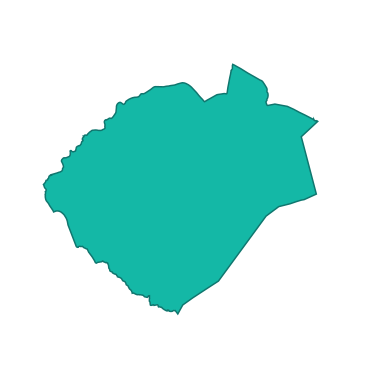 outline of Soum, Soum, Burkina Faso, rotated 162°
{"feature_id": "67063806B70466570504467", "entity_name": "Soum", "entity_type": "district", "adm_level": 2, "iso_a3": "BFA", "parent_name": "Burkina Faso", "parent_adm1": "Soum", "projection": "robinson", "projection_center": [-1.051, 14.286], "detail": "fine", "context": "isolated", "style": "filled", "palette": "teal", "viewbox_px": 384, "rotation_deg": 162, "n_neighbors": 0, "source": "geoboundaries", "source_scale": "gbopen_adm2", "svg_char_len": 5974}
<svg xmlns="http://www.w3.org/2000/svg" viewBox="0 0 384 384"><g transform="rotate(162 192 192)"><path d="M113.8,300.8L114.2,300.2L114.5,299.8L114.7,299.2L115.0,298.2L115.6,296.5L116.2,296.2L116.8,295.8L117.2,295.6L117.1,295.2L117.6,294.7L119.2,291.7L120.8,289.0L123.3,284.4L125.4,280.6L126.8,277.8L127.7,275.9L128.4,274.9L128.7,274.7L129.4,274.9L130.1,275.3L131.0,275.7L133.1,276.0L137.2,276.7L138.4,276.8L146.4,275.2L149.1,274.7L152.0,274.0L152.3,274.1L152.5,274.5L153.5,277.0L154.4,278.8L155.7,281.7L157.0,285.2L160.2,292.0L161.2,293.6L162.4,295.2L164.3,297.1L165.5,298.0L167.2,298.8L168.5,299.0L172.2,299.2L175.5,299.1L179.4,299.8L181.5,300.0L183.7,300.5L186.5,300.8L193.9,303.4L194.8,303.6L195.6,303.6L196.6,303.4L199.8,302.2L206.1,300.5L207.3,300.4L208.0,300.4L208.8,300.8L209.7,301.0L210.3,301.0L211.5,300.2L212.3,299.6L213.1,299.2L213.9,299.1L215.1,299.2L217.4,299.8L219.4,300.0L221.5,299.9L223.6,299.6L226.0,298.9L226.6,298.7L227.3,298.1L228.0,297.2L229.1,296.6L229.5,296.4L230.0,296.5L230.7,297.2L231.4,298.2L232.3,299.3L233.3,299.6L234.5,299.4L235.7,298.8L236.7,297.9L237.3,297.0L237.9,295.4L239.6,291.5L240.2,290.7L243.5,288.1L244.7,287.4L245.5,287.0L245.8,286.9L246.1,287.0L247.3,287.6L247.9,287.7L250.2,287.1L251.1,287.0L251.7,287.1L251.7,287.3L251.9,287.3L252.8,287.0L253.2,286.6L253.7,285.9L253.9,284.8L253.9,283.7L254.0,282.5L254.5,281.7L254.8,280.6L254.8,280.1L255.0,279.8L255.1,279.5L256.0,279.1L256.6,279.0L257.3,279.0L258.6,278.7L259.6,278.7L262.0,279.5L263.2,280.2L264.6,280.8L266.4,281.2L267.8,281.5L268.4,281.4L269.5,281.0L270.5,280.7L271.1,280.5L271.7,280.2L272.2,279.8L272.4,279.8L272.9,279.6L273.5,279.1L273.8,279.0L274.0,278.7L274.3,278.6L274.7,278.5L274.9,278.6L275.5,279.0L276.4,279.2L276.7,279.1L277.0,278.8L277.3,278.7L278.1,278.8L277.9,277.9L278.3,277.6L279.2,277.2L279.6,276.9L280.0,275.9L280.0,275.5L279.7,275.3L279.6,275.1L279.7,274.8L279.9,274.6L280.4,274.1L281.0,274.0L281.5,273.7L281.8,273.2L282.4,272.2L282.8,271.7L283.3,271.6L283.8,271.1L284.0,270.9L284.4,270.8L284.6,270.8L285.3,271.0L286.0,270.9L287.0,270.8L288.1,270.3L288.8,269.1L288.9,268.8L290.2,267.0L292.4,266.9L292.9,267.1L293.3,267.3L293.8,267.9L294.0,268.5L294.3,268.8L294.8,268.9L295.1,268.8L295.3,268.6L295.4,267.6L295.9,266.1L296.4,264.9L297.1,264.1L297.8,263.7L299.3,263.6L300.1,263.5L301.3,263.5L302.2,263.7L303.2,264.1L304.2,263.9L305.8,263.0L306.5,262.1L306.6,261.8L306.6,261.1L306.3,259.3L306.2,257.1L306.4,256.3L306.4,255.6L306.5,255.3L306.8,255.1L307.7,254.5L307.9,254.2L308.4,253.0L309.0,252.4L309.4,252.2L310.1,252.0L311.3,251.8L312.6,251.9L314.4,251.8L321.2,252.0L321.6,251.8L321.9,251.6L321.6,251.4L322.5,251.4L323.0,251.2L323.8,250.1L324.2,249.4L325.1,249.0L325.6,248.2L326.2,248.1L326.7,248.2L327.1,248.2L327.4,247.9L328.3,246.7L329.1,246.1L331.0,245.0L330.8,244.2L330.9,242.5L330.8,241.8L330.7,241.3L330.3,240.5L330.0,239.7L330.0,239.1L330.5,238.1L331.4,237.7L331.4,237.1L331.5,236.6L331.8,235.8L332.4,235.1L332.4,234.3L332.7,233.9L332.9,233.0L333.1,232.6L333.2,231.7L333.4,230.5L333.3,228.8L332.0,225.3L331.6,223.0L329.9,217.2L329.8,215.8L327.1,215.9L325.6,215.5L324.3,214.8L322.9,213.6L321.7,211.8L320.7,209.9L319.8,206.3L319.6,204.6L319.6,202.8L320.1,198.9L319.0,178.1L318.9,176.0L318.8,175.7L318.4,175.1L317.8,174.7L317.3,174.6L316.9,175.1L316.3,175.1L315.5,175.1L315.0,174.8L314.7,174.5L314.0,174.3L313.1,174.2L311.9,172.3L310.9,171.5L310.2,170.7L309.9,170.5L309.4,170.3L309.1,169.0L308.9,166.8L307.0,161.2L306.0,157.0L305.8,155.4L305.7,154.7L305.4,154.3L304.9,153.9L304.4,154.0L303.4,154.2L299.5,153.6L299.1,153.8L298.5,153.7L298.2,153.9L297.9,153.6L297.6,152.9L297.1,152.6L296.0,151.5L295.5,151.4L295.3,151.5L295.1,151.4L294.8,151.1L294.8,150.9L294.6,150.5L294.2,150.5L294.2,150.2L294.1,149.7L294.2,149.3L294.1,148.4L294.1,147.9L294.5,146.0L294.6,145.0L294.3,144.4L294.3,144.0L294.4,142.9L294.4,142.3L294.2,141.9L293.8,141.5L293.4,141.2L292.8,140.7L292.6,140.3L292.6,139.7L292.2,139.2L291.9,138.9L291.6,138.5L291.1,138.2L290.7,137.7L289.9,137.4L289.6,137.1L289.4,135.9L289.0,135.2L289.1,134.4L286.7,132.7L285.8,131.4L285.3,129.0L284.9,128.8L284.4,128.2L284.0,127.9L283.5,127.4L283.3,126.9L283.1,125.5L283.2,124.5L283.2,124.1L282.0,122.7L281.8,122.1L281.8,121.6L281.6,120.0L281.4,119.8L281.4,119.1L280.6,118.0L280.1,116.6L280.1,115.6L279.9,114.9L280.1,114.2L279.7,114.2L278.9,114.0L278.7,113.7L278.1,113.3L277.7,112.8L277.4,112.6L277.1,112.2L276.5,111.8L276.0,111.3L275.7,111.2L275.0,111.1L274.5,110.9L273.9,110.5L273.4,110.5L271.1,109.3L270.5,108.9L270.1,108.4L269.6,107.1L269.0,106.8L268.0,106.1L267.3,105.7L267.1,105.6L265.8,106.3L265.7,106.3L265.5,106.7L264.5,106.5L264.6,106.2L265.1,104.7L265.2,103.9L265.6,103.5L265.7,103.3L265.8,102.6L266.3,101.5L266.1,100.9L266.0,100.2L266.1,99.2L266.4,98.6L266.4,98.3L266.5,97.6L266.5,97.2L266.3,97.0L265.7,96.9L265.2,96.6L264.3,96.8L264.0,96.7L263.4,96.6L263.3,96.2L263.2,95.9L260.0,95.5L259.7,95.4L259.3,94.7L259.3,94.2L259.5,93.4L259.3,93.0L258.4,92.9L257.5,92.2L256.9,92.0L256.4,91.5L256.2,91.0L256.2,90.7L256.0,90.4L255.1,89.3L254.9,88.9L253.0,86.9L252.0,86.5L251.7,86.5L251.7,87.2L250.7,86.8L250.6,86.7L250.5,85.8L250.2,85.5L249.2,85.0L248.1,84.7L247.3,84.7L246.6,85.0L246.1,85.0L245.5,84.6L244.6,84.5L243.2,80.4L235.7,87.4L224.0,91.1L206.8,95.8L194.4,99.1L129.0,146.2L114.0,151.3L102.4,150.5L95.3,150.6L90.5,150.5L87.7,150.1L74.4,151.6L71.0,210.8L50.6,220.3L51.3,221.2L51.7,221.0L52.0,221.0L52.2,221.4L52.8,221.8L53.0,221.8L53.4,222.1L53.6,222.3L53.7,222.8L53.6,223.0L53.7,223.5L53.8,223.2L60.5,230.0L65.6,234.9L69.8,239.3L74.9,244.0L86.0,250.0L93.3,250.9L93.8,251.5L93.9,252.1L93.9,254.8L92.3,256.2L92.3,256.4L92.3,256.8L92.2,257.0L91.1,258.0L90.5,258.9L89.9,260.1L89.6,261.1L89.4,261.9L89.4,262.4L89.4,262.9L89.5,263.3L89.8,264.1L89.4,265.2L89.1,265.7L88.9,266.5L88.8,267.3L88.9,268.3L89.2,269.5L89.7,271.7L90.7,275.2L91.2,276.1L92.1,277.0L92.9,277.6L93.9,278.8L95.2,280.2L102.3,288.0L107.5,294.2L110.6,297.5L112.4,299.5L113.8,300.8Z" fill="#14b8a6" stroke="#0f766e" stroke-width="1.5"/></g></svg>